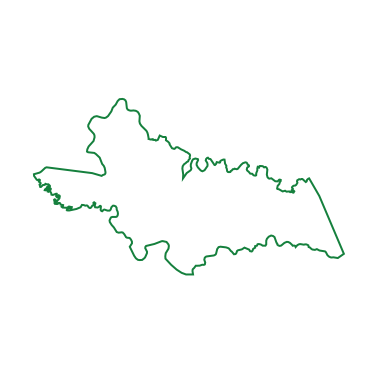 outline of Boane, Maputo, Mozambique, rotated 98°
{"feature_id": "85939544B68927430168058", "entity_name": "Boane", "entity_type": "district", "adm_level": 2, "iso_a3": "MOZ", "parent_name": "Mozambique", "parent_adm1": "Maputo", "projection": "robinson", "projection_center": [32.342, -26.029], "detail": "fine", "context": "isolated", "style": "outline", "palette": "green", "viewbox_px": 384, "rotation_deg": 98, "n_neighbors": 0, "source": "geoboundaries", "source_scale": "gbopen_adm2", "svg_char_len": 6102}
<svg xmlns="http://www.w3.org/2000/svg" viewBox="0 0 384 384"><g transform="rotate(98 192 192)"><path d="M261.9,169.2L260.0,169.1L257.4,170.4L255.3,170.2L254.2,169.3L253.8,168.6L251.8,161.5L250.8,160.1L249.9,159.6L245.0,159.1L242.9,158.0L242.2,156.2L242.1,150.6L242.5,148.5L242.9,147.5L245.1,145.2L245.5,144.3L247.8,141.8L247.4,140.3L246.6,139.7L244.0,139.1L243.3,138.3L241.9,134.7L239.8,132.3L241.1,127.4L242.5,126.3L242.6,124.6L241.7,123.9L239.8,123.5L238.3,121.7L236.9,122.0L236.1,120.2L234.6,119.8L234.2,118.5L234.4,116.5L235.3,114.5L234.9,111.8L233.6,111.2L229.9,111.7L227.9,111.3L225.6,109.8L224.1,107.6L224.3,105.6L225.2,104.0L230.6,101.2L231.2,100.4L232.2,100.2L232.9,99.1L233.2,97.7L232.6,96.2L229.5,93.4L228.2,91.2L228.1,89.8L228.7,88.0L230.3,85.7L231.2,84.8L230.8,83.5L231.0,82.3L232.1,81.7L229.9,80.2L228.8,78.6L228.5,77.4L228.6,73.9L228.1,72.7L228.0,71.3L228.6,69.4L230.3,68.8L230.4,67.8L231.9,65.6L232.2,64.7L232.2,62.2L231.2,60.4L232.2,57.6L232.3,52.0L232.9,51.1L235.8,49.0L237.1,47.0L237.5,45.1L237.0,42.8L237.1,38.4L232.1,33.0L178.2,65.4L162.2,77.9L162.6,78.6L163.8,79.7L165.6,80.0L166.3,80.7L163.8,84.4L163.9,85.5L164.5,86.3L164.4,87.7L165.8,89.4L166.8,89.5L168.2,88.9L170.4,89.8L171.3,90.8L171.5,91.9L172.1,92.8L173.3,93.6L173.8,93.6L174.8,92.6L176.2,93.4L176.4,91.7L177.1,90.8L178.5,91.4L178.5,92.2L178.0,93.3L178.5,94.8L177.9,95.8L178.5,98.5L177.8,100.0L178.8,102.3L177.2,106.3L177.1,107.9L176.7,108.2L173.9,108.0L172.1,106.7L169.8,106.3L168.8,105.7L167.7,105.8L167.5,106.8L167.8,107.5L169.5,108.6L169.8,111.0L167.4,115.3L168.0,117.3L167.8,118.1L166.8,119.3L164.4,120.3L159.3,120.5L157.6,121.5L157.0,122.5L157.0,123.1L157.6,124.0L156.6,125.5L156.7,127.8L156.9,128.6L158.6,129.0L158.6,129.5L157.8,130.0L157.8,130.4L159.6,130.6L161.5,130.3L164.4,131.0L166.5,130.8L166.9,131.3L167.0,132.8L166.6,133.8L165.6,134.8L165.7,136.9L164.2,138.5L163.0,140.4L162.1,140.9L160.7,140.8L160.1,140.7L158.7,139.2L157.8,139.3L157.4,139.8L157.3,140.6L156.0,141.3L155.3,142.1L155.2,143.3L156.4,145.6L158.3,147.2L162.8,150.0L163.2,150.8L163.0,153.2L163.5,153.6L163.8,154.8L165.3,155.7L165.9,156.6L166.8,156.8L167.2,158.2L167.1,159.4L166.4,160.1L164.1,160.8L162.9,161.6L161.3,161.6L159.3,163.2L155.4,164.3L155.5,165.5L156.7,167.5L157.7,168.4L158.8,168.3L159.1,168.7L159.0,171.7L160.9,172.1L162.1,173.0L162.1,173.5L157.0,178.1L156.8,178.5L156.8,179.9L155.8,181.0L156.1,181.7L157.3,182.6L158.9,182.8L161.0,181.0L162.6,180.4L164.1,180.3L168.7,182.6L170.0,184.5L169.8,185.6L169.1,186.8L166.8,189.6L164.6,191.2L162.8,191.4L159.5,190.4L158.6,190.8L158.4,193.4L159.5,195.5L161.0,196.2L164.7,197.0L166.7,196.8L168.7,195.9L170.1,196.1L171.0,196.7L174.0,199.9L179.8,202.8L176.0,203.1L170.1,204.8L167.8,204.8L165.7,203.8L164.2,202.2L163.1,201.4L162.2,200.1L160.7,199.8L159.2,198.7L158.0,199.2L156.1,199.0L155.1,199.4L153.4,202.3L153.3,203.3L152.2,205.6L151.3,208.7L149.7,212.3L149.9,213.9L151.6,215.2L151.8,215.7L151.4,217.9L148.0,220.8L147.0,221.0L145.6,222.6L144.4,225.0L142.1,225.2L141.2,225.9L141.6,228.4L140.6,231.8L145.1,233.1L146.1,234.9L145.5,235.8L145.8,236.8L145.7,238.5L145.2,238.5L145.8,240.4L145.5,242.4L144.9,242.4L141.3,243.6L139.3,244.5L137.7,245.7L133.6,251.2L131.5,253.1L129.4,253.9L123.8,254.3L121.6,255.6L120.2,256.9L119.4,259.0L119.4,261.3L120.0,263.9L119.9,265.5L119.3,267.2L118.0,268.2L112.1,269.7L110.5,270.7L109.7,272.1L109.5,273.8L110.2,276.7L112.3,278.3L116.1,279.7L119.5,282.2L123.4,283.1L128.5,285.7L130.2,287.4L130.9,288.8L130.9,291.7L130.2,296.3L130.2,297.1L131.1,299.4L133.5,301.6L140.0,304.0L141.6,303.9L143.7,302.6L148.0,297.4L149.4,296.5L151.3,296.1L155.2,296.6L161.3,300.7L164.3,301.6L166.6,301.6L167.1,300.4L166.9,294.2L167.8,292.4L170.8,288.2L176.7,284.9L178.4,283.0L180.3,281.8L184.5,280.4L185.8,280.4L186.7,280.9L187.7,282.8L188.6,283.7L187.2,293.4L187.8,339.4L188.5,340.7L192.7,344.1L194.0,345.6L196.4,351.0L198.1,350.6L201.5,347.4L201.7,346.2L201.0,345.5L200.9,344.9L201.3,344.3L201.8,344.3L202.6,345.2L203.1,345.1L203.5,344.0L204.3,343.1L205.1,343.2L205.8,344.0L208.1,343.0L208.0,342.3L205.8,340.5L205.4,338.8L204.3,338.3L204.6,336.9L204.4,335.2L205.6,333.6L206.2,333.5L206.5,334.0L206.3,335.0L207.1,336.1L208.7,336.7L210.0,338.0L210.7,338.1L210.7,337.0L209.0,335.5L207.7,333.4L208.4,332.3L209.1,332.3L209.2,333.8L209.7,334.6L210.2,335.0L211.6,335.0L211.8,334.1L211.2,333.4L211.0,332.6L212.8,331.2L214.2,330.8L214.3,329.4L212.6,326.3L212.6,325.8L215.0,326.0L215.9,325.1L216.3,323.8L215.9,323.3L214.9,324.0L213.9,324.2L213.7,323.7L214.1,322.6L214.7,322.3L216.7,322.4L218.0,323.1L219.4,324.4L221.5,324.5L221.9,325.1L221.3,326.1L219.3,325.9L218.5,326.2L218.4,327.1L219.0,327.5L221.1,326.6L222.2,326.6L222.8,326.1L222.7,323.9L222.3,323.1L221.3,322.4L221.3,321.4L221.8,320.8L222.8,320.4L222.9,317.8L223.6,317.8L224.8,319.0L225.4,318.0L225.1,314.2L224.7,313.2L223.5,311.8L223.7,308.9L225.0,309.1L225.1,311.5L225.9,313.1L227.3,313.5L227.6,313.1L227.4,311.0L224.9,304.1L222.6,300.2L220.1,299.2L220.0,297.3L220.4,295.8L219.9,294.2L220.5,293.1L221.6,292.2L222.1,290.9L221.9,290.3L221.4,289.8L219.4,288.8L218.8,287.9L218.1,287.6L216.4,288.1L215.8,287.5L216.6,286.1L219.5,286.4L220.6,285.8L220.5,283.3L219.8,282.2L218.6,281.3L218.5,280.7L218.9,280.2L222.4,280.0L223.5,279.0L223.5,278.1L222.0,277.2L221.6,276.3L222.2,273.0L221.9,271.0L220.7,270.1L218.3,269.7L216.6,268.4L216.4,267.5L216.8,265.6L218.1,264.5L219.9,264.1L222.0,262.8L223.9,262.3L225.7,262.4L227.0,263.2L227.3,264.1L227.8,267.6L228.6,268.8L231.5,269.7L233.2,269.2L235.8,267.0L238.0,264.4L242.1,261.0L242.5,259.0L241.7,256.0L241.8,254.9L243.2,253.2L245.9,251.0L246.3,250.0L246.2,247.4L247.5,245.9L249.4,244.6L251.2,244.3L254.9,246.0L263.2,240.4L265.5,238.3L266.7,236.1L266.7,234.4L266.2,231.9L264.0,229.8L262.8,229.2L258.9,228.1L257.4,228.2L254.1,230.5L252.8,230.5L251.8,229.9L248.7,222.0L245.0,215.3L244.7,214.2L245.0,210.3L247.2,208.0L248.6,207.4L251.4,207.4L256.3,209.5L259.3,209.5L261.7,209.0L267.0,202.5L271.0,196.4L273.5,191.0L274.5,186.4L273.5,179.5L270.6,180.4L269.1,180.6L268.3,180.4L266.9,179.3L264.5,178.0L263.9,174.2L262.6,171.7L262.5,170.1L261.9,169.2Z" fill="none" stroke="#15803d" stroke-width="2"/></g></svg>